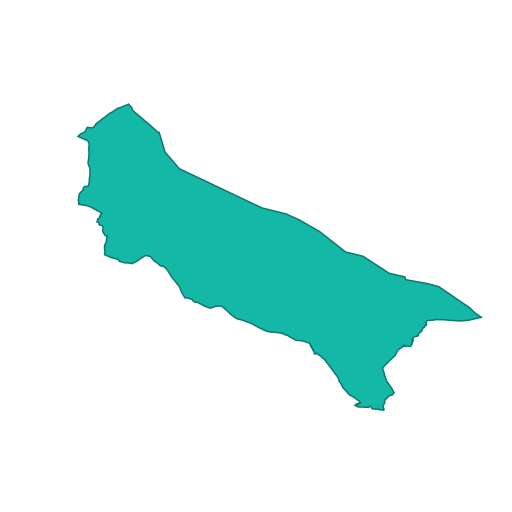 the district of Marker nor, Østfold, Norway, rotated 309°
{"feature_id": "86288312B28275954576976", "entity_name": "Marker nor", "entity_type": "district", "adm_level": 2, "iso_a3": "NOR", "parent_name": "Norway", "parent_adm1": "Østfold", "projection": "mercator", "projection_center": [11.622, 59.488], "detail": "fine", "context": "isolated", "style": "filled", "palette": "teal", "viewbox_px": 512, "rotation_deg": 309, "n_neighbors": 0, "source": "geoboundaries", "source_scale": "gbopen_adm2", "svg_char_len": 6018}
<svg xmlns="http://www.w3.org/2000/svg" viewBox="0 0 512 512"><g transform="rotate(309 256 256)"><path d="M253.0,48.6L249.7,43.9L248.4,44.3L245.2,44.8L243.7,44.4L241.8,43.5L240.9,42.9L237.1,42.4L237.2,42.8L237.1,43.0L237.2,43.6L237.4,43.8L237.4,44.1L237.5,44.2L237.4,44.4L237.7,45.1L237.8,45.7L237.9,45.8L238.0,46.7L238.4,47.8L238.8,49.4L238.9,49.8L239.0,50.0L239.2,50.4L239.1,50.5L239.3,50.7L239.3,50.9L239.6,51.9L239.6,53.0L238.6,55.1L237.9,56.0L236.4,56.9L235.2,57.9L234.0,58.6L230.7,61.7L229.5,62.4L227.9,63.7L222.7,66.8L221.6,68.1L220.3,70.6L219.1,72.0L217.6,73.6L215.9,74.8L215.1,75.5L211.3,77.8L210.8,78.3L210.3,78.4L209.8,79.1L207.2,80.6L205.1,81.5L204.8,81.6L202.2,79.2L201.3,78.8L200.7,78.8L199.9,79.2L199.3,79.9L198.6,80.0L196.7,79.8L194.2,79.7L193.4,79.5L188.1,82.4L187.4,83.0L186.2,84.5L184.6,85.8L187.4,90.5L188.0,91.5L188.4,92.4L189.0,93.3L190.0,96.5L190.5,98.9L190.8,99.8L190.6,100.9L191.0,101.7L191.3,102.8L191.1,103.8L191.5,104.2L191.9,105.8L192.0,106.3L191.9,108.1L192.0,108.8L192.2,109.4L191.2,109.2L189.3,109.4L189.1,110.0L188.2,109.7L187.8,110.1L187.7,110.4L187.1,110.4L185.7,109.9L185.1,110.0L185.0,109.8L184.7,109.9L184.8,110.3L183.9,110.4L182.4,110.9L182.4,111.2L183.0,111.8L182.8,112.3L182.7,113.5L182.2,114.2L181.5,114.3L181.5,114.7L182.3,115.8L182.8,117.7L181.9,119.5L181.0,119.8L179.9,120.3L179.4,120.7L178.6,121.9L178.3,122.0L178.1,122.9L177.9,123.2L177.4,124.5L177.0,126.0L177.1,126.5L177.9,127.8L176.9,128.2L175.9,128.7L172.3,130.9L168.9,131.7L168.6,131.9L168.9,132.2L168.0,132.5L166.7,133.4L165.2,134.7L164.3,136.0L162.1,137.0L161.8,137.6L161.8,138.0L161.9,138.6L162.3,139.8L162.7,140.7L163.1,142.5L163.6,144.4L166.3,150.2L166.5,150.8L166.0,152.7L166.2,152.9L166.1,153.2L166.2,153.7L166.4,153.9L166.4,154.4L166.9,155.0L167.0,155.6L167.1,156.3L168.8,159.4L169.3,160.0L169.8,160.2L171.3,163.1L171.6,163.6L172.2,164.3L172.3,164.7L173.9,165.2L175.2,166.0L178.2,167.1L180.1,167.6L181.2,167.7L182.0,168.1L183.2,168.4L186.9,170.0L187.7,171.3L189.1,174.0L189.1,174.7L188.5,177.2L188.4,178.4L188.1,179.8L188.2,181.4L188.5,183.4L188.2,186.4L188.2,187.6L189.0,189.9L189.8,190.2L189.7,194.1L188.7,197.7L186.5,203.9L185.5,209.2L184.5,213.0L184.4,214.5L183.7,216.0L183.4,216.9L181.6,219.8L180.9,221.3L178.7,227.2L180.5,229.3L180.7,230.0L180.9,231.1L181.3,232.2L181.8,232.4L182.1,233.2L181.6,234.8L181.6,237.0L182.1,238.2L183.2,239.6L183.5,242.1L184.1,243.8L184.3,244.9L184.3,245.4L184.4,245.7L184.8,248.0L184.9,248.3L184.9,248.7L185.1,248.8L185.5,249.9L186.0,251.6L186.4,252.4L186.6,253.2L187.1,253.7L188.4,254.3L192.1,256.8L192.5,257.6L193.7,258.4L195.4,261.1L195.4,263.9L195.2,266.7L195.3,267.5L194.8,273.6L194.9,276.5L194.8,277.6L195.2,280.3L195.8,282.1L197.5,285.4L198.6,289.1L199.9,292.5L200.8,295.3L201.1,297.4L201.5,299.6L202.0,302.6L203.7,309.9L204.6,312.4L205.5,314.1L206.5,315.8L207.5,317.0L211.7,323.7L212.4,325.1L213.2,328.4L214.2,330.5L214.6,334.2L215.4,338.5L215.5,340.3L217.1,342.0L218.7,344.6L219.9,347.0L222.0,352.7L221.3,353.6L221.2,354.1L220.6,355.2L220.5,355.5L220.4,355.5L220.5,355.8L220.2,355.8L220.4,356.4L220.1,356.7L220.1,356.9L220.0,357.1L219.7,357.3L219.8,357.5L219.6,357.5L219.6,357.8L219.7,358.2L219.3,358.6L219.2,358.8L219.3,359.0L219.1,359.2L219.2,359.4L218.9,359.5L219.0,359.6L218.9,359.9L218.3,360.6L217.8,361.7L217.0,362.6L217.0,362.8L216.8,362.9L217.2,363.2L217.2,363.5L217.3,363.8L217.6,363.8L218.0,364.3L218.3,364.3L218.6,364.6L218.7,368.2L218.9,369.3L218.6,372.7L218.8,374.3L218.1,376.8L217.7,377.8L217.3,380.3L216.6,382.8L214.6,390.7L214.2,391.1L214.3,391.8L213.7,394.2L212.7,397.2L211.7,398.4L210.8,399.7L210.4,401.8L210.0,402.9L208.5,406.0L208.3,406.9L207.6,412.1L207.5,412.3L207.1,414.1L207.1,415.2L206.9,416.3L207.6,419.5L207.9,421.7L208.0,423.2L207.9,424.5L208.4,427.7L207.5,428.7L207.4,429.3L207.6,429.5L207.4,429.7L206.6,429.6L206.1,428.9L205.8,428.8L205.9,428.4L205.5,428.3L205.3,428.5L205.0,428.4L204.9,428.0L205.1,427.8L204.9,427.4L204.2,427.6L204.0,427.3L203.6,427.7L203.6,427.4L203.4,427.3L202.8,427.2L202.2,427.0L202.4,427.5L202.7,429.3L203.3,431.0L205.8,434.0L209.2,438.8L210.0,439.0L210.7,439.0L211.0,439.2L211.4,439.6L211.2,440.4L210.5,441.8L210.4,442.3L212.0,445.1L213.3,446.6L214.2,448.2L214.8,449.8L215.2,450.4L216.1,450.7L216.3,451.0L216.3,451.9L216.5,452.3L217.0,452.3L217.1,452.1L217.7,451.5L218.9,449.5L219.9,448.7L221.7,448.7L223.2,448.3L223.7,448.0L225.5,446.5L225.9,446.8L227.0,447.1L231.2,447.5L231.8,447.8L233.7,449.4L234.6,449.2L236.6,449.5L238.4,445.3L239.8,440.7L241.2,435.7L242.0,434.6L244.6,430.6L246.0,428.7L248.2,425.4L249.0,424.9L250.8,424.9L259.0,425.7L266.4,426.8L267.1,426.3L269.5,426.2L271.7,425.5L277.9,427.1L278.2,427.5L278.5,427.5L278.6,427.2L278.9,427.2L278.9,426.9L279.2,426.8L279.4,427.1L279.6,427.0L279.9,427.1L280.0,428.0L279.7,428.4L279.6,428.7L279.8,429.0L280.5,429.7L280.7,429.8L281.1,430.1L281.8,430.9L282.4,432.1L282.5,432.5L282.9,433.1L285.4,432.6L285.9,432.8L287.0,431.3L287.2,431.1L287.6,431.1L287.9,431.7L288.2,431.8L289.1,431.6L289.0,431.0L289.0,430.6L289.2,430.4L289.9,430.4L289.9,429.9L290.1,429.6L291.2,430.0L292.2,429.6L292.7,429.7L295.7,432.1L296.4,432.3L296.7,431.8L297.6,431.4L299.5,431.4L299.7,431.6L301.7,432.1L302.5,431.6L305.0,431.2L305.3,430.9L305.5,431.0L305.6,431.3L306.4,431.8L307.1,431.5L308.4,431.4L309.2,431.9L309.5,432.0L309.8,431.7L309.9,431.4L309.9,431.1L310.4,430.7L310.8,430.8L311.7,430.1L312.4,429.5L313.0,429.4L313.6,429.8L318.6,434.9L320.4,436.4L321.4,438.0L324.4,441.7L328.7,448.1L334.5,456.1L339.9,461.7L350.1,469.6L349.6,462.0L350.2,454.3L347.2,417.4L342.7,407.1L332.1,387.8L332.0,386.8L332.7,385.9L333.4,384.9L333.1,384.1L326.4,370.5L323.1,339.2L315.5,323.1L315.0,289.8L311.1,266.0L307.5,252.6L297.0,230.1L275.6,141.6L279.5,119.9L285.3,111.5L291.2,102.8L290.4,102.3L291.0,90.6L291.5,68.7L293.2,65.9L293.8,61.3L293.4,61.3L288.5,58.4L287.0,57.8L286.2,57.4L285.0,56.3L283.6,55.6L281.8,54.9L277.7,53.8L275.6,52.8L271.9,51.8L269.4,51.4L265.5,50.1L262.8,49.7L260.5,49.0L259.2,48.7L258.3,48.5L255.6,48.8L253.0,48.6Z" fill="#14b8a6" stroke="#0f766e" stroke-width="1.5"/></g></svg>